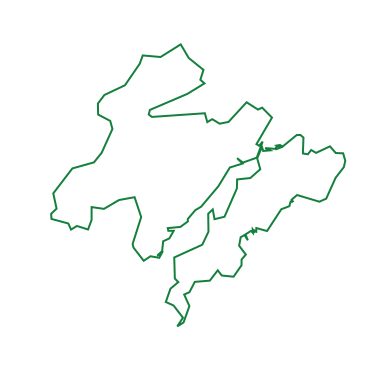 the district of Moss nor, Østfold, Norway, rotated 207°
{"feature_id": "86288312B47904591856116", "entity_name": "Moss nor", "entity_type": "district", "adm_level": 2, "iso_a3": "NOR", "parent_name": "Norway", "parent_adm1": "Østfold", "projection": "albers", "projection_center": [10.675, 59.459], "detail": "medium", "context": "isolated", "style": "outline", "palette": "green", "viewbox_px": 384, "rotation_deg": 207, "n_neighbors": 0, "source": "geoboundaries", "source_scale": "gbopen_adm2", "svg_char_len": 1943}
<svg xmlns="http://www.w3.org/2000/svg" viewBox="0 0 384 384"><g transform="rotate(207 192 192)"><path d="M191.3,118.5L191.2,123.5L194.1,119.4L191.8,125.8L195.3,135.0L191.1,140.4L190.7,149.1L195.5,146.7L197.2,148.8L186.5,155.6L182.3,163.9L183.5,166.0L180.8,177.4L177.2,183.0L171.1,209.2L169.4,231.0L159.9,240.3L167.2,242.6L160.0,241.3L149.9,252.0L151.9,269.0L153.2,263.7L156.3,263.9L154.5,294.6L167.8,299.0L170.6,295.4L184.1,296.7L191.3,271.0L198.4,265.4L207.0,266.1L210.1,261.2L216.3,268.0L261.8,240.7L265.7,241.4L266.8,246.0L240.7,277.3L230.2,294.4L235.5,295.8L237.2,306.0L255.7,309.9L269.1,318.4L281.3,298.0L297.9,291.3L296.8,282.5L300.2,256.7L314.1,238.7L316.0,228.1L310.8,218.4L297.1,218.2L291.5,212.0L290.3,186.0L292.8,173.9L309.3,158.7L315.0,127.8L305.1,115.7L307.6,108.7L305.0,104.2L287.9,107.8L282.7,103.6L279.1,109.5L267.6,111.4L268.8,121.6L274.6,133.0L262.8,137.0L253.4,151.7L240.8,161.3L225.9,146.6L221.3,118.7L218.9,115.9L203.8,108.8L199.8,115.9L191.3,118.5ZM143.0,75.9L144.1,65.6L140.3,71.9L142.5,89.1L152.4,97.1L148.8,101.6L148.7,113.2L135.9,121.1L133.5,133.9L127.6,131.1L116.5,135.4L114.6,149.2L117.2,154.4L115.6,160.7L125.6,165.5L128.1,173.8L125.7,177.5L120.3,174.3L125.1,178.5L121.7,184.2L119.1,183.2L120.6,186.0L117.4,184.2L120.0,186.1L116.8,185.9L118.3,189.1L107.4,191.3L104.6,217.2L98.8,223.6L99.8,228.3L98.4,228.6L97.9,229.4L99.7,230.5L97.0,237.0L74.1,241.2L69.4,247.0L70.5,269.9L68.0,283.1L69.6,289.4L74.9,295.1L81.6,292.0L89.8,295.3L99.2,283.2L104.9,283.5L105.9,278.2L110.7,276.7L117.4,291.1L121.3,292.0L124.5,290.4L131.9,273.6L135.0,273.8L137.4,272.0L133.0,272.1L136.0,268.8L137.3,271.4L137.4,268.2L146.7,264.4L141.4,264.5L147.2,260.9L150.1,263.9L149.2,251.6L141.5,243.3L146.4,230.9L157.5,223.7L153.6,215.5L151.8,184.7L159.6,178.0L165.6,185.9L167.7,180.0L159.3,164.1L158.9,149.7L178.1,125.6L168.0,107.1L163.3,105.5L167.3,96.1L165.4,82.1L156.9,82.5L143.0,75.9Z" fill="none" stroke="#15803d" stroke-width="2"/></g></svg>